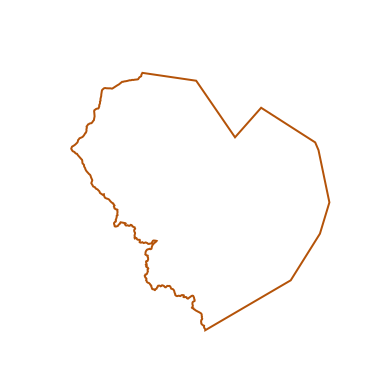 outline of Abeibara, Kidal, Mali, rotated 213°
{"feature_id": "8926073B20562192673680", "entity_name": "Abeibara", "entity_type": "district", "adm_level": 2, "iso_a3": "MLI", "parent_name": "Mali", "parent_adm1": "Kidal", "projection": "orthographic", "projection_center": [2.565, 19.628], "detail": "fine", "context": "isolated", "style": "outline", "palette": "amber", "viewbox_px": 384, "rotation_deg": 213, "n_neighbors": 0, "source": "geoboundaries", "source_scale": "gbopen_adm2", "svg_char_len": 6043}
<svg xmlns="http://www.w3.org/2000/svg" viewBox="0 0 384 384"><g transform="rotate(213 192 192)"><path d="M298.5,264.9L298.4,264.3L298.4,263.5L298.3,262.7L297.8,261.8L297.7,261.4L298.0,260.8L298.6,259.4L298.6,258.5L298.6,257.3L299.1,256.7L299.7,256.2L301.2,255.0L302.1,254.1L303.0,253.6L303.5,253.2L304.1,252.4L305.2,251.7L305.9,250.9L306.7,250.0L307.8,248.9L309.1,247.8L309.9,246.8L310.6,246.4L310.9,245.5L311.9,242.4L312.7,240.9L315.1,235.5L315.4,235.1L316.7,234.6L319.1,233.1L320.3,232.4L321.5,231.9L322.3,231.0L322.9,228.8L322.8,228.0L322.0,226.2L321.2,224.4L320.4,223.0L319.9,221.5L319.4,220.1L318.4,218.7L318.5,218.2L318.4,217.6L317.9,217.0L317.5,216.3L317.3,215.6L317.2,214.6L317.1,214.2L316.6,213.7L316.4,213.2L316.0,211.5L316.1,210.9L316.7,210.5L317.2,210.0L317.7,209.3L318.4,207.3L318.1,206.5L316.2,204.1L314.9,202.4L313.8,199.7L313.4,198.8L313.6,197.7L313.6,196.1L313.8,195.0L314.1,194.7L314.6,194.3L315.3,193.4L315.5,192.7L315.7,192.4L316.0,192.0L316.0,191.4L315.9,190.8L316.1,189.6L315.9,189.2L315.4,188.9L315.1,188.5L315.0,187.9L314.7,187.1L313.8,185.9L313.5,184.8L313.3,184.0L313.6,183.0L313.5,182.1L313.5,181.2L313.5,180.3L313.7,179.1L313.8,178.5L315.0,176.6L315.6,175.8L315.6,174.7L315.8,173.6L315.2,171.9L315.1,171.0L315.4,169.7L315.7,168.4L316.1,167.2L316.7,165.9L317.2,165.0L317.3,164.5L316.9,162.6L316.4,162.2L315.3,161.7L314.4,161.3L313.8,161.3L312.7,161.5L311.8,161.4L311.2,161.1L310.5,161.1L309.8,161.1L309.2,161.4L307.7,160.7L303.1,159.4L301.8,159.1L301.2,158.6L299.8,156.8L299.2,156.3L298.3,156.2L297.2,155.8L297.0,155.4L296.4,154.7L295.7,154.3L294.6,153.8L293.9,153.1L292.5,152.3L291.4,151.9L288.1,151.0L286.9,150.9L286.1,150.5L284.9,149.5L283.3,148.4L282.3,147.8L282.0,147.5L281.3,144.6L279.6,143.7L279.0,143.5L278.5,143.1L277.8,142.8L276.7,143.0L276.2,143.1L275.4,143.0L275.0,142.6L274.4,142.5L273.9,142.5L273.0,142.7L272.3,142.7L271.7,142.4L270.6,142.3L269.8,142.0L269.0,141.3L268.5,141.1L265.7,141.0L265.1,141.0L265.0,141.4L265.0,141.8L264.6,142.1L264.4,141.7L264.3,141.3L263.7,141.0L262.3,140.0L261.6,139.8L260.1,140.0L258.9,140.4L257.4,140.5L255.8,139.9L254.5,139.6L253.6,139.4L252.6,139.5L251.8,139.2L251.6,139.4L250.8,138.9L250.3,138.7L249.7,138.5L249.8,138.0L249.8,137.5L249.5,137.1L249.1,137.0L248.6,136.7L248.4,136.3L248.0,136.0L246.6,136.0L245.4,136.5L244.7,136.4L244.5,135.8L244.4,135.4L243.7,134.9L243.4,134.4L243.2,133.8L242.6,132.7L242.1,132.4L241.8,132.1L241.9,131.5L242.2,131.1L241.9,130.5L241.5,129.9L240.9,128.0L240.9,127.4L240.7,126.9L240.1,126.5L239.9,125.9L239.9,125.5L240.3,125.0L240.3,124.6L240.4,124.2L240.5,123.8L240.3,123.2L239.9,122.7L238.7,121.9L238.6,121.5L238.2,121.2L237.6,121.2L237.1,121.5L236.6,122.0L236.1,122.6L235.6,123.6L235.7,124.1L235.7,124.9L235.2,126.1L235.2,126.6L235.5,127.2L235.4,127.7L231.1,129.5L230.8,129.5L231.2,128.7L230.6,128.5L230.0,128.1L229.3,127.9L228.8,128.1L228.3,128.6L227.8,129.1L227.2,129.1L226.4,129.3L225.8,129.8L225.6,131.0L224.9,131.3L223.8,131.2L223.3,130.7L222.3,130.8L220.8,131.1L220.5,130.7L219.7,130.2L219.8,129.6L219.8,128.8L219.6,128.3L218.8,127.4L217.6,126.8L217.2,126.3L216.9,125.4L216.5,124.2L215.7,123.5L215.6,122.8L215.0,122.1L214.6,121.9L214.1,122.9L213.5,123.1L212.2,122.4L211.4,122.5L210.5,123.0L209.8,123.4L209.4,123.1L208.6,121.4L208.1,121.4L207.6,121.5L207.0,121.9L206.5,122.6L206.2,122.9L205.4,122.8L204.7,122.9L203.9,123.8L203.5,124.4L202.9,124.6L201.4,124.8L200.6,124.6L199.8,125.0L199.1,125.9L198.1,126.6L197.9,127.2L198.1,128.0L198.2,129.7L197.9,130.3L197.1,130.8L195.7,131.5L195.0,131.7L195.0,131.3L195.2,130.7L195.3,130.0L195.9,128.6L196.0,127.5L196.2,126.6L196.1,125.5L195.9,124.3L195.4,123.2L195.1,122.4L195.4,121.7L195.9,121.3L196.6,121.3L197.0,120.7L197.7,120.0L198.3,119.1L198.4,118.1L198.4,117.2L198.2,116.4L197.9,115.7L197.3,114.8L197.2,114.3L196.7,114.1L195.7,114.2L195.0,114.4L194.5,114.5L194.3,113.9L194.1,113.5L193.5,113.4L192.8,112.6L192.1,111.6L191.9,110.7L191.8,109.9L192.1,109.5L192.5,109.3L192.7,108.8L192.4,108.3L192.0,107.8L191.4,107.3L191.0,107.0L191.1,106.5L191.1,106.0L190.7,106.0L190.2,106.1L189.9,105.7L190.1,104.8L189.6,104.4L189.0,104.3L188.6,104.5L187.9,104.5L187.6,104.1L187.0,104.0L186.9,103.6L187.0,103.1L187.0,102.7L186.5,102.2L186.2,101.6L185.7,101.3L185.6,100.5L185.5,99.9L185.2,99.0L185.4,98.3L185.7,98.0L186.1,97.5L185.8,96.9L186.1,96.4L186.0,95.9L185.1,95.4L184.8,95.0L184.4,94.8L183.7,94.8L183.1,94.6L182.7,94.0L182.5,93.1L182.2,93.1L181.6,92.7L181.1,92.1L179.9,91.9L179.2,92.0L178.5,92.2L177.3,92.0L176.5,91.5L175.4,91.4L175.0,91.1L174.9,90.7L174.4,90.4L173.8,90.0L172.8,89.1L172.2,89.0L171.5,89.4L170.9,89.7L170.2,89.4L169.7,89.5L169.6,89.8L169.7,90.4L169.5,91.0L169.1,91.5L169.1,91.9L169.3,92.7L169.3,93.3L169.1,93.8L169.4,94.4L169.3,95.0L168.4,95.7L167.8,95.9L167.0,95.8L166.5,96.5L166.4,97.3L165.8,97.7L164.3,97.9L163.3,97.6L162.6,97.5L162.1,97.8L161.6,99.8L160.8,100.2L159.7,101.0L158.7,100.9L157.6,100.1L156.7,99.6L155.9,99.9L155.0,100.1L154.1,99.9L153.0,99.3L151.8,98.1L150.5,97.3L150.1,96.6L148.8,96.3L147.9,96.5L147.4,96.9L146.8,97.7L146.2,98.0L145.6,98.1L145.1,98.4L144.8,99.3L144.2,100.2L143.5,100.4L143.0,100.7L142.8,100.9L142.4,100.7L142.1,99.8L141.9,99.3L141.7,99.3L140.5,100.1L140.0,100.6L139.3,100.7L138.4,100.2L137.8,100.2L137.3,100.4L136.8,101.9L136.0,103.9L135.7,104.7L135.0,105.4L134.4,105.5L133.4,104.9L132.8,104.5L132.0,103.7L131.9,103.5L131.2,103.1L130.7,102.5L130.5,101.9L131.3,100.6L131.4,99.9L131.3,99.4L131.1,99.0L130.5,98.1L130.0,97.7L129.5,97.3L129.2,96.7L129.0,95.3L129.0,94.9L128.5,94.8L128.1,95.1L127.5,95.3L127.1,95.0L126.8,94.7L125.5,94.9L125.1,94.7L124.3,94.7L123.4,94.8L121.9,94.9L120.2,95.1L118.1,95.1L117.2,94.6L116.8,94.0L116.4,93.4L115.8,93.0L115.6,92.3L115.1,91.8L114.4,91.3L114.2,90.6L114.4,90.2L114.4,89.6L114.1,88.9L113.7,88.1L112.9,87.3L112.6,86.8L112.0,86.5L110.5,86.2L109.8,86.2L109.4,86.4L109.0,86.4L108.8,85.9L108.5,85.5L108.1,85.0L107.7,84.7L106.6,84.3L106.0,83.9L105.6,83.3L61.1,171.7L62.0,226.7L71.1,258.1L108.7,296.0L115.7,300.7L179.9,300.3L185.7,261.3L249.1,287.6L298.5,264.9Z" fill="none" stroke="#b45309" stroke-width="2"/></g></svg>